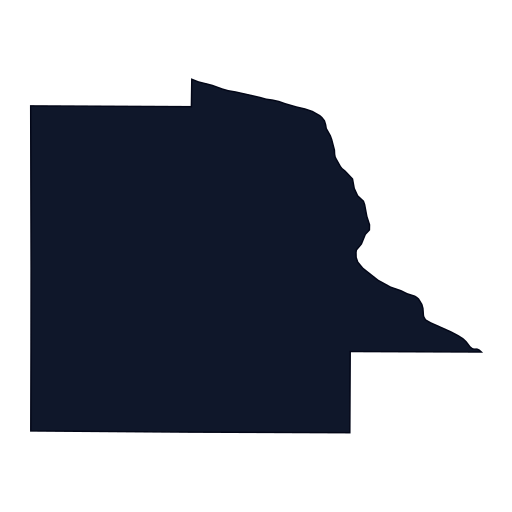 Dubuque, Iowa, United States of America
{"feature_id": "52423323B18401720745990", "entity_name": "Dubuque", "entity_type": "district", "adm_level": 2, "iso_a3": "USA", "parent_name": "United States of America", "parent_adm1": "Iowa", "projection": "orthographic", "projection_center": [-90.684, 42.485], "detail": "fine", "context": "isolated", "style": "filled", "palette": "ink", "viewbox_px": 512, "rotation_deg": 0, "n_neighbors": 0, "source": "geoboundaries", "source_scale": "gbopen_adm2", "svg_char_len": 1044}
<svg xmlns="http://www.w3.org/2000/svg" viewBox="0 0 512 512"><path d="M190.2,432.1L349.8,432.7L350.2,351.5L481.3,352.0L481.1,351.8L478.9,349.9L476.9,349.1L473.9,349.2L472.1,348.6L469.9,346.8L466.2,341.9L463.2,339.0L458.6,336.0L451.3,332.1L430.3,322.7L425.5,319.9L423.8,317.0L423.4,315.4L422.9,308.4L421.8,304.4L418.5,299.0L416.6,297.4L414.7,296.2L406.9,293.7L401.3,290.9L390.4,287.1L378.0,280.3L366.7,271.4L362.7,268.2L357.7,262.1L356.1,257.4L356.0,252.2L356.4,249.9L361.4,243.9L365.3,234.3L369.4,229.9L369.5,224.8L366.8,216.4L364.6,204.6L363.4,201.2L357.6,195.8L354.2,188.4L352.5,179.0L344.9,171.0L341.9,168.6L340.3,166.5L336.1,159.0L335.1,157.0L334.6,154.3L334.4,150.1L331.7,139.7L330.3,135.8L326.2,128.5L325.6,124.8L324.4,120.8L321.9,117.6L319.9,115.8L312.4,111.5L305.0,109.0L296.4,107.0L285.0,103.7L278.8,101.5L272.5,100.1L266.0,99.2L260.0,97.5L235.6,92.0L228.0,90.7L222.1,89.0L212.2,85.4L198.3,81.9L191.8,79.3L191.4,106.7L30.7,105.9L31.1,268.0L31.0,350.3L30.8,430.9L190.2,432.1Z" fill="#0f172a" stroke="#020617" stroke-width="1.5"/></svg>